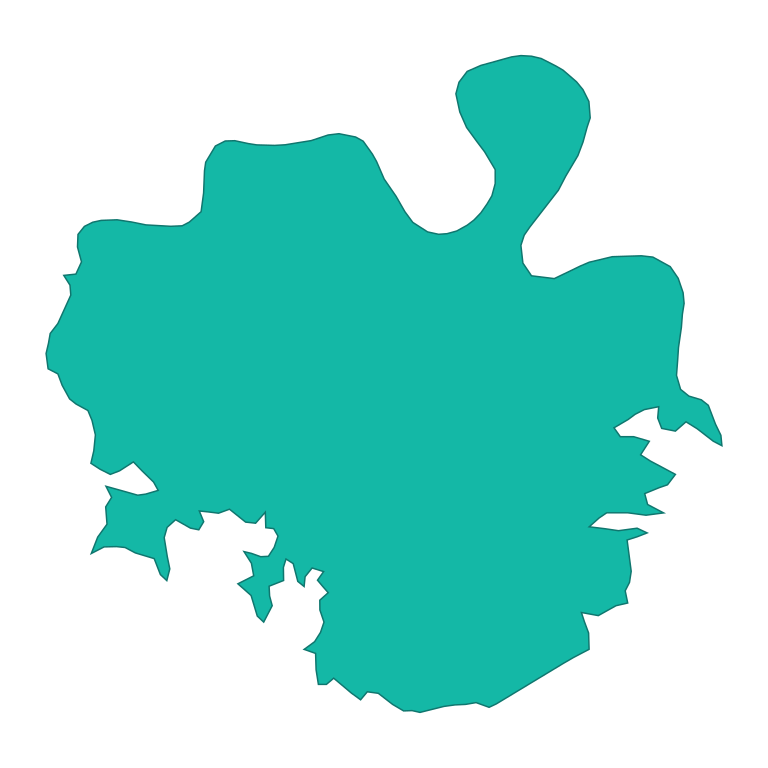 Nova Prata do Iguaçu, Paraná, Brazil (orthographic projection)
{"feature_id": "56859067B9009825137056", "entity_name": "Nova Prata do Iguaçu", "entity_type": "district", "adm_level": 2, "iso_a3": "BRA", "parent_name": "Brazil", "parent_adm1": "Paraná", "projection": "orthographic", "projection_center": [-53.379, -25.587], "detail": "fine", "context": "isolated", "style": "filled", "palette": "teal", "viewbox_px": 768, "rotation_deg": 0, "n_neighbors": 0, "source": "geoboundaries", "source_scale": "gbopen_adm2", "svg_char_len": 3143}
<svg xmlns="http://www.w3.org/2000/svg" viewBox="0 0 768 768"><path d="M708.3,405.3L701.3,399.8L688.9,396.1L680.6,389.4L676.5,375.4L677.6,361.0L678.5,347.5L681.4,327.3L682.4,314.2L684.1,303.4L683.1,292.7L678.2,278.3L670.2,266.6L652.9,257.1L641.4,255.8L627.9,256.2L612.3,256.7L589.3,262.2L580.4,266.0L554.3,278.6L531.5,275.8L522.9,263.1L520.9,245.4L524.2,235.2L529.7,227.2L558.4,190.2L565.7,176.2L577.9,155.6L583.0,142.1L587.1,127.2L590.2,117.9L588.9,101.5L583.0,89.7L576.6,81.9L563.1,70.2L555.9,66.0L541.2,58.5L531.5,56.2L520.9,55.6L511.6,56.9L480.9,65.4L467.2,71.4L459.0,82.2L455.9,93.8L459.8,112.0L466.6,127.5L476.9,141.6L484.6,151.8L495.2,169.6L495.2,183.6L491.9,195.8L487.1,203.9L480.9,212.8L473.9,220.1L467.2,225.2L456.7,231.0L447.0,233.7L438.6,234.3L427.6,231.9L412.8,222.4L404.9,211.7L396.0,196.2L384.2,179.1L376.6,161.6L372.4,154.1L363.2,141.2L355.6,137.0L339.0,133.7L328.1,135.0L311.2,140.6L285.1,144.8L274.6,145.4L256.8,144.9L248.4,143.6L234.8,140.7L225.2,141.0L215.4,146.0L205.7,162.2L204.5,170.7L203.6,193.0L201.1,211.7L189.3,222.1L182.2,225.8L170.7,226.3L145.9,224.9L131.6,222.0L117.1,219.8L101.2,220.4L92.8,222.2L84.4,226.4L78.0,234.4L77.5,247.0L81.5,261.9L75.9,274.1L63.8,275.4L70.0,285.2L70.8,295.1L57.9,323.5L50.2,333.5L48.5,343.2L46.1,353.5L48.1,368.8L57.9,373.9L62.2,385.4L69.6,398.9L76.0,404.0L87.9,410.5L92.0,420.4L95.4,434.9L93.8,450.8L90.9,463.3L100.2,469.3L110.3,474.4L119.6,470.8L133.4,461.9L142.3,471.1L153.6,482.1L158.2,490.4L145.7,494.1L137.7,495.2L125.4,491.7L106.0,486.3L111.6,497.4L105.7,506.9L107.0,524.2L97.7,537.1L91.3,553.5L104.1,546.9L116.5,546.6L125.1,547.5L135.3,552.9L154.2,558.6L160.4,574.6L166.8,580.6L169.8,568.9L167.3,556.7L164.2,537.6L167.1,527.4L175.6,519.7L190.4,528.1L198.8,529.8L203.7,521.7L199.3,511.0L208.2,511.9L218.5,513.2L229.5,509.2L245.6,522.1L255.6,523.2L265.3,512.2L265.8,527.7L273.7,528.6L278.0,536.1L274.2,547.4L268.4,556.3L260.7,556.7L251.5,553.4L244.0,551.6L251.4,563.2L253.7,575.8L237.9,583.8L251.1,595.5L257.3,616.1L263.7,622.1L272.2,605.7L269.6,596.0L269.1,586.2L283.6,580.5L283.4,567.4L286.0,559.0L293.2,563.6L297.8,581.4L304.1,586.5L305.1,576.7L312.1,568.0L323.6,571.6L317.5,580.2L322.8,586.5L328.2,592.7L319.8,600.2L319.9,610.0L324.0,622.1L320.5,632.4L314.6,641.7L304.1,649.4L315.6,653.4L316.1,669.8L318.4,684.4L326.4,684.4L333.7,678.2L339.9,683.4L351.4,693.1L360.6,699.8L367.3,691.8L378.3,693.3L392.6,704.4L403.6,710.9L412.1,710.6L420.0,712.4L444.0,706.4L455.0,704.9L465.5,704.4L476.1,702.6L489.1,707.3L496.3,703.9L563.3,663.4L573.3,657.6L589.1,649.3L588.6,633.0L584.3,621.4L581.4,612.5L598.3,615.6L616.0,605.7L627.7,603.0L625.2,590.8L629.5,582.4L631.2,571.3L627.1,540.0L637.4,536.7L647.1,532.9L637.1,528.2L618.5,530.7L604.8,528.7L589.2,526.8L599.2,517.9L606.7,512.8L627.8,512.8L646.0,515.2L663.6,512.9L647.6,504.5L644.7,493.6L659.1,487.7L667.5,484.8L675.4,474.4L661.6,467.0L650.3,461.0L640.6,454.8L649.3,441.3L633.7,436.7L620.3,436.7L614.0,427.8L628.3,419.4L635.1,414.3L644.3,409.6L658.7,406.7L657.7,418.0L661.7,428.4L675.4,431.1L686.0,421.8L697.1,428.7L713.4,441.3L721.9,445.7L720.9,435.3L715.5,424.2L708.3,405.3Z" fill="#14b8a6" stroke="#0f766e" stroke-width="1.5"/></svg>